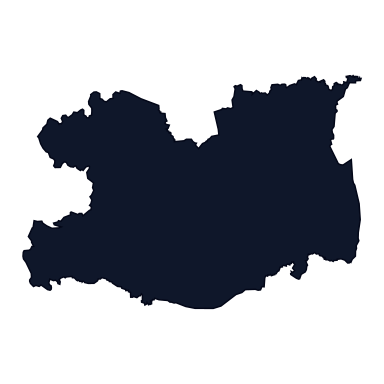 Nong Phai, Phetchabun, Thailand (Albers equal-area conic projection)
{"feature_id": "78962969B28403157938028", "entity_name": "Nong Phai", "entity_type": "district", "adm_level": 2, "iso_a3": "THA", "parent_name": "Thailand", "parent_adm1": "Phetchabun", "projection": "albers", "projection_center": [101.184, 16.029], "detail": "fine", "context": "isolated", "style": "filled", "palette": "ink", "viewbox_px": 384, "rotation_deg": 0, "n_neighbors": 0, "source": "geoboundaries", "source_scale": "gbopen_adm2", "svg_char_len": 5845}
<svg xmlns="http://www.w3.org/2000/svg" viewBox="0 0 384 384"><path d="M350.9,262.3L352.2,259.3L355.4,256.2L355.5,251.1L356.5,248.4L356.2,245.7L358.8,240.8L358.1,238.2L358.3,232.4L360.2,219.7L359.1,203.6L354.8,185.3L353.4,183.0L352.6,179.4L351.3,159.6L343.1,165.0L340.7,164.8L338.3,163.7L329.8,146.4L330.4,144.9L331.6,144.3L330.5,139.9L331.6,139.0L333.2,139.0L333.6,138.3L333.6,135.1L332.3,132.6L331.9,129.6L334.0,126.5L335.1,113.2L337.0,111.4L337.0,110.3L335.7,109.4L335.5,105.9L335.9,104.9L337.5,104.2L336.9,102.2L337.2,101.0L343.3,96.5L345.4,89.1L347.3,87.7L349.4,82.7L355.5,82.8L355.5,81.4L356.3,80.7L360.4,80.5L361.0,78.6L360.0,78.9L359.7,77.9L359.2,79.1L358.0,78.0L357.7,76.6L355.1,76.4L354.7,77.4L353.2,76.9L353.7,76.3L353.1,75.6L352.2,76.6L350.0,75.7L346.5,76.4L347.3,77.1L346.7,77.6L348.1,78.1L346.7,82.6L343.8,81.9L344.0,83.4L342.1,85.3L340.1,84.4L337.3,84.4L337.7,83.5L336.2,82.5L334.2,83.7L334.3,85.6L332.7,86.7L332.5,89.4L331.1,90.5L328.8,89.4L328.0,86.1L326.6,85.2L325.3,85.2L325.4,83.5L324.0,81.8L324.8,81.2L323.6,79.8L319.8,81.5L320.1,82.2L317.9,81.8L315.9,80.5L316.3,78.9L314.5,76.7L311.7,78.3L310.8,79.8L308.8,78.1L308.2,78.7L307.7,77.8L306.5,78.5L305.5,77.7L303.4,77.6L302.8,78.3L302.0,77.7L301.5,79.9L298.4,80.5L296.4,84.6L294.5,83.9L289.8,85.5L286.8,87.7L286.1,87.2L285.6,84.6L284.7,84.2L281.9,84.3L280.2,85.4L277.8,84.3L272.0,84.8L270.9,87.7L271.5,89.4L270.0,91.0L269.4,93.2L267.2,95.0L265.2,93.0L262.4,93.4L261.6,92.9L259.8,93.5L259.1,92.2L256.4,90.5L252.3,94.3L252.5,93.3L251.7,92.6L252.3,92.3L251.6,91.8L242.9,91.1L242.0,88.5L241.9,85.6L240.5,84.7L237.2,86.2L235.3,85.7L234.1,86.7L235.2,88.8L234.0,96.6L232.1,100.0L233.1,107.5L230.7,108.7L227.6,107.9L226.0,108.9L222.4,108.4L221.8,109.5L214.3,112.0L218.3,129.3L218.9,135.0L211.7,136.4L209.7,138.7L208.1,139.3L207.1,141.5L206.4,141.1L205.3,142.4L202.5,143.6L198.6,148.6L195.4,145.1L196.4,143.2L194.7,142.9L192.8,141.5L191.4,139.3L186.3,139.3L184.0,140.8L174.4,141.7L174.8,140.1L173.8,139.9L174.1,139.1L173.2,138.1L173.0,136.5L170.8,135.0L170.9,133.0L170.2,132.4L169.2,133.0L168.7,131.2L167.3,131.0L167.3,129.3L166.5,129.0L168.0,128.4L169.3,125.1L166.4,124.5L165.0,123.4L165.4,121.8L166.9,121.0L165.4,117.7L165.0,113.6L160.6,113.2L160.7,112.2L159.9,112.3L159.8,111.2L158.4,109.9L159.0,109.1L158.7,105.5L141.0,98.8L129.0,92.6L122.1,90.8L120.4,91.1L119.9,93.4L115.7,92.0L113.0,94.5L113.1,98.4L110.1,98.8L106.4,101.9L103.9,101.2L102.1,99.2L99.9,98.6L99.7,93.6L96.3,91.9L93.9,92.1L90.7,94.6L90.9,95.9L88.6,101.5L88.9,104.3L91.8,108.1L91.9,111.1L91.6,115.2L89.4,115.9L88.9,117.8L86.8,117.8L85.9,116.1L84.2,115.3L83.7,114.2L83.8,110.3L82.5,109.2L80.7,110.0L77.4,112.7L73.8,112.1L72.3,114.7L68.6,117.4L67.3,117.2L65.7,115.2L62.8,115.6L61.3,118.3L62.7,121.5L61.4,123.8L60.0,123.6L59.1,124.3L57.5,121.6L50.2,118.2L47.9,120.2L46.9,124.2L43.0,127.9L42.6,130.0L37.7,136.6L38.8,137.8L40.7,143.8L43.1,148.2L46.2,151.8L48.4,152.5L50.2,157.4L53.6,158.9L54.9,160.7L54.7,163.3L53.7,165.8L55.1,167.5L60.3,167.4L62.3,163.5L64.5,161.8L66.4,162.4L67.9,165.2L70.5,166.7L73.5,167.1L74.5,166.2L75.9,166.0L77.1,168.3L80.4,170.5L82.0,169.4L83.1,170.4L85.8,167.0L88.8,165.9L89.5,166.7L89.3,168.7L86.8,172.4L87.8,178.4L93.5,182.8L92.6,187.7L93.8,190.4L91.5,195.3L90.0,196.7L91.9,200.0L90.9,203.7L89.6,205.4L91.4,206.7L91.0,209.7L89.4,210.4L82.9,215.8L81.8,213.5L79.2,213.5L78.0,214.6L71.1,212.0L70.3,212.9L70.7,214.8L64.0,217.4L60.8,221.3L58.5,220.7L57.8,222.0L53.6,223.1L54.3,224.8L61.2,226.9L58.7,227.9L51.9,228.3L46.8,225.9L42.8,223.2L41.8,221.2L37.4,221.5L34.1,220.7L33.1,227.6L32.3,227.9L28.4,236.6L31.6,240.8L31.6,242.3L33.7,246.4L31.9,246.5L30.7,249.1L29.3,250.2L24.1,250.7L23.3,252.2L23.0,256.2L23.5,258.9L26.0,262.3L31.3,273.4L31.5,277.4L29.7,280.0L29.7,281.4L30.5,283.4L33.5,286.5L35.9,285.4L39.2,286.4L41.0,284.9L47.6,289.6L50.1,290.2L51.1,289.4L51.4,287.9L51.1,285.8L49.4,284.7L48.8,282.8L49.8,279.1L53.4,280.6L55.5,280.2L57.4,281.6L58.0,283.6L59.8,284.3L60.2,281.8L59.2,279.6L60.7,278.1L63.8,276.8L65.2,277.8L66.4,276.9L72.0,276.4L72.4,277.7L74.3,277.7L76.4,280.0L77.5,280.7L78.4,280.1L79.7,281.4L82.1,281.4L82.2,282.0L83.0,281.2L84.1,281.5L84.6,282.5L88.4,283.4L94.0,283.3L97.4,280.9L98.4,278.9L100.4,279.0L101.8,277.6L106.6,278.9L106.9,280.0L109.0,280.4L109.3,281.5L111.7,281.8L112.5,283.1L117.5,286.4L121.4,286.8L121.8,288.2L125.7,289.5L125.8,290.6L128.5,290.3L128.5,291.7L130.5,292.4L130.7,297.2L132.7,297.2L133.0,296.3L136.9,297.6L139.1,295.8L140.2,295.8L141.5,293.9L142.4,294.9L142.4,300.6L141.5,300.8L141.6,302.2L144.4,303.1L144.9,305.0L146.4,304.1L147.0,302.3L148.4,304.6L149.2,303.6L149.9,304.5L151.6,303.8L151.5,301.8L150.6,301.7L150.5,300.9L151.9,300.9L152.5,299.5L153.9,299.9L154.7,298.3L159.0,299.7L167.8,300.5L170.1,302.2L170.8,301.9L174.1,303.0L176.0,302.7L185.8,306.5L195.0,308.3L213.2,308.4L221.0,306.0L236.0,294.5L241.9,292.5L245.3,289.6L255.3,289.3L258.1,290.2L260.5,289.9L261.9,286.6L264.1,286.8L264.8,277.5L266.1,275.6L267.6,276.1L267.9,274.9L269.1,275.2L270.4,274.4L271.3,275.7L273.1,275.1L273.2,274.6L274.7,274.7L274.9,273.8L276.0,273.8L277.5,271.5L278.9,270.8L280.2,267.2L282.4,266.9L282.4,265.9L283.3,265.3L286.3,266.0L286.2,265.0L287.5,264.1L289.8,264.9L290.2,263.6L291.3,263.5L291.9,261.9L293.4,262.0L293.2,262.6L294.8,264.3L292.6,268.1L294.7,270.7L292.9,272.3L291.3,271.5L291.8,273.1L290.7,273.5L290.8,274.5L296.4,278.2L298.6,279.1L299.6,278.8L301.2,274.3L305.2,271.9L306.3,269.7L306.7,266.4L307.5,265.2L305.6,260.9L306.7,260.8L308.1,258.8L307.4,257.1L308.4,254.2L309.3,254.6L311.1,253.7L312.5,253.9L314.8,252.5L316.3,254.0L318.8,253.7L319.6,255.5L322.5,256.2L323.4,257.7L324.2,257.5L324.3,258.7L324.9,258.2L324.7,259.2L325.7,259.1L325.9,259.8L328.1,259.8L330.0,260.9L331.3,260.4L333.2,261.4L333.8,260.5L337.1,260.2L337.1,259.3L341.1,258.8L344.8,260.1L347.7,263.0L349.3,262.9L350.4,261.8L350.9,262.3Z" fill="#0f172a" stroke="#020617" stroke-width="1.5"/></svg>